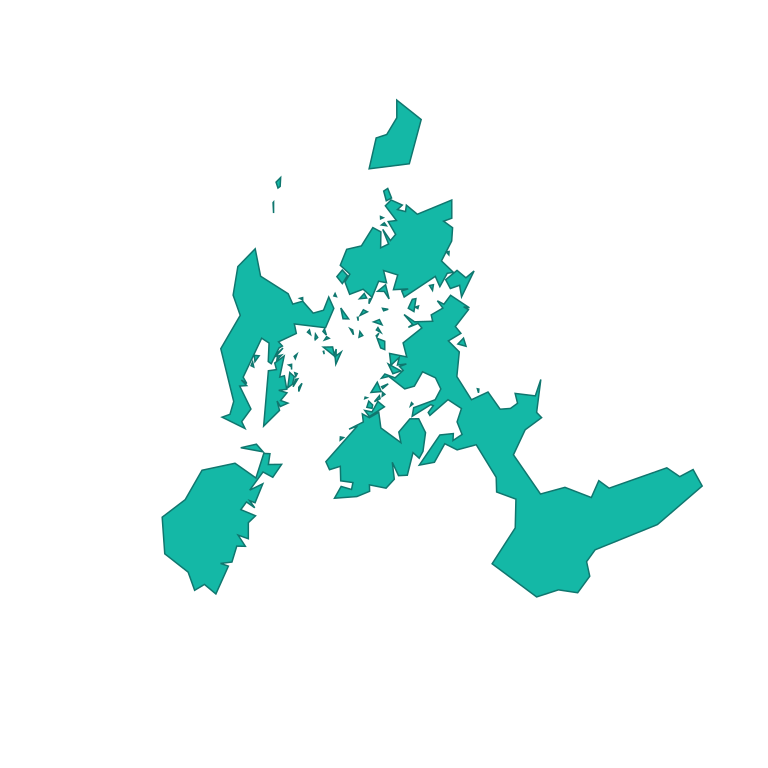 outline of Bocas del Toro, Bocas del Toro, Panama, rotated 250°
{"feature_id": "35544464B73365109430870", "entity_name": "Bocas del Toro", "entity_type": "district", "adm_level": 2, "iso_a3": "PAN", "parent_name": "Panama", "parent_adm1": "Bocas del Toro", "projection": "orthographic", "projection_center": [-82.201, 9.231], "detail": "fine", "context": "isolated", "style": "filled", "palette": "teal", "viewbox_px": 768, "rotation_deg": 250, "n_neighbors": 0, "source": "geoboundaries", "source_scale": "gbopen_adm2", "svg_char_len": 6220}
<svg xmlns="http://www.w3.org/2000/svg" viewBox="0 0 768 768"><g transform="rotate(250 384 384)"><path d="M297.1,430.2L295.4,449.9L257.9,457.5L244.0,452.9L230.7,468.6L203.9,458.1L178.1,424.1L131.7,454.6L130.9,477.5L121.6,494.6L133.0,511.6L147.8,513.6L156.0,525.7L158.4,592.9L179.3,648.1L197.9,645.2L195.8,630.2L208.5,621.1L209.1,559.9L219.7,552.8L206.4,540.0L225.0,518.7L227.1,493.4L273.2,481.4L292.7,501.0L298.5,520.6L305.1,517.7L334.6,532.9L321.1,522.1L330.3,504.0L320.2,502.9L317.8,494.5L320.6,484.5L340.9,479.0L339.3,460.8L366.1,455.0L388.4,465.7L402.5,459.2L405.3,473.6L413.6,470.7L425.0,488.8L429.3,485.2L426.4,490.3L444.6,476.9L438.5,467.6L443.9,462.6L435.2,465.3L432.8,452.0L426.3,451.2L432.0,434.0L442.4,426.6L430.3,431.2L428.9,426.3L429.3,436.8L423.7,438.7L416.1,416.0L401.7,414.6L410.8,399.7L399.3,397.0L403.8,407.4L397.2,403.1L395.2,411.9L395.1,404.6L390.2,406.7L386.0,396.5L393.1,388.2L390.3,383.6L389.5,391.1L372.3,401.8L371.6,411.8L382.3,424.4L372.2,434.5L359.9,435.7L351.7,426.7L351.6,403.8L344.0,399.4L348.6,420.9L346.8,422.9L342.1,415.8L338.8,416.4L347.4,438.8L334.5,448.4L323.4,439.7L309.9,440.1L307.3,429.5L313.7,432.2L317.0,419.1L295.7,389.4L293.2,404.6L307.1,420.7L297.1,430.2ZM334.7,130.0L299.4,119.9L274.2,135.6L254.9,135.5L257.1,146.7L244.2,154.2L266.1,175.5L271.3,169.0L268.7,180.2L282.0,190.2L278.9,198.2L291.9,195.2L285.0,203.6L300.1,209.1L304.1,218.2L314.9,206.5L320.2,214.4L311.9,220.2L320.4,217.8L316.5,222.2L331.7,236.0L330.2,221.5L342.7,240.2L334.4,247.6L343.5,260.3L347.9,247.8L357.5,253.0L359.9,247.3L339.5,231.5L360.5,216.9L365.2,183.5L343.3,157.6L334.7,130.0ZM493.2,382.2L480.0,382.4L480.2,396.8L469.6,402.4L482.4,414.1L478.3,421.0L490.8,422.4L481.8,434.2L469.4,425.1L465.1,439.3L465.5,432.5L458.8,432.7L467.6,469.0L456.4,469.8L466.4,481.3L465.2,487.4L480.0,480.1L495.2,496.5L507.4,501.9L516.6,495.7L516.6,504.4L533.7,510.6L532.1,473.4L544.4,466.2L538.7,463.2L543.3,456.3L545.9,462.4L554.5,453.6L551.0,446.2L533.4,451.6L535.2,443.5L520.6,446.1L516.6,439.1L529.7,435.7L514.0,436.2L513.1,427.4L528.0,433.1L534.8,427.0L521.5,410.0L523.3,395.0L510.5,383.5L498.9,389.5L493.2,382.2ZM419.0,236.8L408.2,228.9L408.2,220.5L389.7,238.2L397.3,237.4L406.0,250.4L431.4,247.7L429.5,254.4L436.5,251.3L431.4,255.2L438.6,254.0L468.9,284.7L461.8,290.0L444.7,282.9L441.6,285.0L453.8,297.7L454.4,301.5L459.7,299.3L461.5,318.9L471.1,320.3L456.9,348.3L472.2,362.7L484.6,361.8L474.0,352.4L474.8,341.7L489.6,335.9L490.3,325.6L501.6,324.8L527.5,304.9L555.1,309.2L544.3,286.8L519.1,272.6L497.7,272.4L473.0,242.7L419.0,236.8ZM302.4,308.7L293.6,298.4L287.5,320.0L288.1,333.8L294.2,335.8L285.4,350.3L291.0,361.1L307.6,365.0L292.9,366.3L290.3,374.7L309.6,387.8L302.2,391.7L307.4,397.6L324.1,406.4L339.5,404.7L342.4,396.4L333.8,381.5L323.1,379.8L343.8,366.0L359.2,369.4L357.3,358.7L363.3,353.4L355.4,351.6L353.5,335.7L353.6,344.6L330.9,302.8L322.1,303.5L321.6,314.8L307.8,310.2L302.0,321.1L296.0,317.4L302.4,308.7ZM617.9,460.8L591.3,443.6L582.3,483.1L619.8,509.4L646.4,493.1L629.8,487.1L617.5,471.9L617.9,460.8ZM385.6,256.5L394.9,276.8L404.6,277.7L398.3,278.9L398.9,287.1L403.9,281.2L408.9,289.8L414.1,282.9L412.3,290.8L425.8,293.2L426.2,288.4L444.4,299.7L441.1,288.5L434.3,287.9L436.0,279.9L385.6,256.5ZM460.9,477.6L451.0,479.0L450.9,488.8L439.4,486.7L459.4,507.3L455.8,497.3L465.8,491.5L460.9,477.6ZM361.6,247.2L371.1,243.5L373.1,227.6L361.6,247.2ZM365.7,356.9L358.5,359.1L362.4,376.6L369.7,372.3L361.9,363.2L365.7,356.9ZM501.0,376.4L492.6,379.2L498.4,386.7L505.4,383.8L501.0,376.4ZM476.7,419.4L473.3,409.7L470.9,415.9L462.2,417.9L476.7,419.4ZM555.4,448.8L556.2,454.7L566.5,454.4L565.4,449.7L555.4,448.8ZM439.4,339.6L426.5,347.4L419.1,345.5L428.7,354.8L426.9,348.6L433.2,351.0L428.4,347.2L436.4,348.4L439.4,339.6ZM401.4,394.8L390.6,395.9L390.5,404.4L401.4,394.8ZM380.5,368.9L377.8,378.8L388.0,378.3L380.5,368.9ZM470.2,369.4L459.3,367.8L457.3,373.0L470.2,369.4ZM413.4,292.2L415.1,297.9L421.6,302.2L427.0,299.4L413.4,292.2ZM446.9,432.7L441.8,436.9L453.3,443.2L453.9,439.6L446.9,432.7ZM613.4,357.5L610.6,351.6L604.4,351.4L605.2,354.0L613.4,357.5ZM429.3,393.2L419.0,393.2L416.1,396.5L423.9,399.3L429.3,393.2ZM374.6,375.7L370.7,369.0L371.5,375.3L374.6,375.7ZM399.9,474.4L396.3,467.1L391.4,474.0L399.9,474.4ZM446.1,401.7L445.9,395.5L440.3,402.4L446.1,401.7ZM452.3,301.4L448.9,293.0L446.6,291.2L452.3,301.4ZM373.1,363.8L368.0,359.9L365.2,364.4L368.1,366.2L373.1,363.8ZM460.8,390.0L456.6,384.9L457.5,393.1L460.8,390.0ZM475.8,396.4L472.5,390.1L470.7,397.1L475.8,396.4ZM418.6,302.4L412.5,297.6L418.3,304.8L418.6,302.4ZM382.7,388.0L382.3,380.8L380.2,381.3L382.7,388.0ZM592.4,341.8L582.4,338.7L592.8,342.5L592.4,341.8ZM412.7,307.2L410.1,302.8L406.1,301.3L412.7,307.2ZM452.8,413.5L455.6,408.5L452.9,408.7L452.8,413.5ZM446.6,293.5L443.2,291.5L446.2,297.6L446.6,293.5ZM540.5,440.2L542.6,438.0L540.3,437.3L540.5,440.2ZM447.7,371.0L440.7,372.2L445.5,373.0L447.7,371.0ZM460.4,464.4L461.0,460.4L455.4,461.6L460.4,464.4ZM531.9,440.4L535.4,439.4L534.3,436.0L531.9,440.4ZM468.8,399.2L464.6,397.3L468.9,401.8L468.8,399.2ZM454.3,344.6L449.7,346.6L456.1,346.9L454.3,344.6ZM433.4,398.7L439.1,397.6L437.4,395.3L433.4,398.7ZM441.5,379.3L436.5,376.5L436.8,380.6L441.5,379.3ZM346.8,471.4L347.6,470.1L343.4,469.8L346.8,471.4ZM455.4,271.8L449.2,270.4L453.2,276.3L455.4,271.8ZM454.4,336.7L450.1,334.6L449.1,334.5L450.4,337.6L454.4,336.7ZM357.1,403.5L354.3,401.3L355.3,404.4L357.1,403.5ZM460.3,332.4L458.9,329.8L455.6,331.9L460.3,332.4ZM485.8,369.0L483.9,367.0L482.4,369.2L485.8,369.0ZM493.0,337.1L493.3,334.1L490.9,336.4L493.0,337.1ZM448.1,346.3L445.7,343.1L445.7,348.1L448.1,346.3ZM376.6,379.8L373.1,378.1L374.0,381.3L376.6,379.8ZM434.1,303.9L434.5,300.9L431.9,302.9L429.2,302.1L434.1,303.9ZM432.5,338.0L435.4,338.6L435.4,338.1L432.5,338.0ZM486.8,487.7L483.2,489.1L486.3,490.5L486.8,487.7ZM449.9,268.2L446.7,265.3L444.5,267.4L449.9,268.2ZM423.4,306.0L425.1,304.0L421.3,303.7L423.4,306.0ZM445.5,443.1L445.6,439.6L443.3,441.6L445.5,443.1ZM455.7,381.8L452.3,381.4L455.5,382.4L455.7,381.8ZM430.9,393.6L433.5,396.6L431.9,393.1L430.9,393.6ZM378.1,361.8L376.8,360.9L376.9,363.4L378.1,361.8ZM440.7,309.0L438.1,309.3L441.9,312.5L440.7,309.0ZM347.5,327.7L349.2,324.9L346.2,323.6L347.5,327.7Z" fill="#14b8a6" stroke="#0f766e" stroke-width="1.5"/></g></svg>